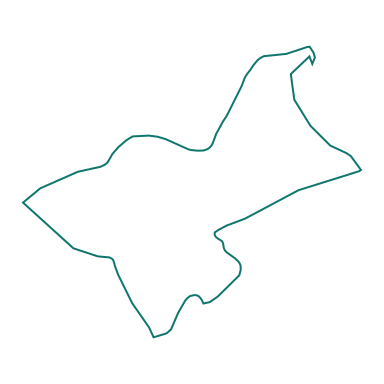 outline of Manubah
{"feature_id": "TUN-102", "entity_name": "Manubah", "entity_type": "Governorate", "adm_level": 1, "iso_a3": "TUN", "parent_name": "Tunisia", "parent_adm1": "", "projection": "robinson", "projection_center": [9.985, 36.85], "detail": "fine", "context": "isolated", "style": "outline", "palette": "teal", "viewbox_px": 384, "rotation_deg": 0, "n_neighbors": 0, "source": "natural_earth", "source_scale": "10m", "svg_char_len": 1315}
<svg xmlns="http://www.w3.org/2000/svg" viewBox="0 0 384 384"><path d="M309.6,46.7L313.5,52.6L314.9,57.5L312.3,63.9L309.4,56.4L290.8,74.1L294.3,99.7L310.5,125.9L330.3,145.6L346.4,153.1L350.9,156.2L361.0,170.0L359.1,171.2L298.5,190.2L245.1,218.6L226.8,225.5L218.8,229.7L214.8,232.4L214.6,234.3L215.2,236.0L216.1,237.1L217.5,238.3L220.9,240.4L222.3,241.6L222.9,242.9L223.4,245.1L223.6,247.1L224.2,249.0L225.3,250.9L226.9,252.5L234.6,258.0L238.3,261.4L239.6,263.3L240.5,265.3L240.7,267.8L240.7,269.8L239.3,275.3L217.8,296.5L209.9,302.1L203.4,303.5L201.6,299.7L200.5,298.2L198.9,296.4L197.2,295.5L195.4,295.1L193.7,295.2L190.0,296.1L187.7,297.8L185.2,300.6L178.1,313.0L171.0,329.4L166.7,333.3L153.6,337.3L149.1,327.5L132.2,303.2L118.1,274.6L115.0,266.2L114.0,262.3L113.3,260.3L111.9,258.7L109.4,257.4L97.9,256.4L73.4,248.3L23.0,202.6L40.3,188.3L77.7,171.8L100.4,166.8L104.5,164.9L107.3,162.8L112.5,153.9L118.3,147.2L125.9,140.6L129.9,138.0L132.9,136.4L148.7,135.6L157.4,136.7L165.6,139.1L188.5,149.4L191.5,150.1L197.8,150.7L203.5,150.5L207.1,149.3L209.6,147.7L211.1,146.0L212.2,144.3L213.0,142.6L216.2,133.8L223.2,121.1L226.6,116.1L241.6,86.1L244.5,78.5L245.5,76.5L246.9,74.3L250.6,69.5L253.3,65.3L257.7,60.1L260.7,57.8L263.8,56.2L286.3,53.9L306.9,47.1L309.6,46.7Z" fill="none" stroke="#0f766e" stroke-width="2"/></svg>